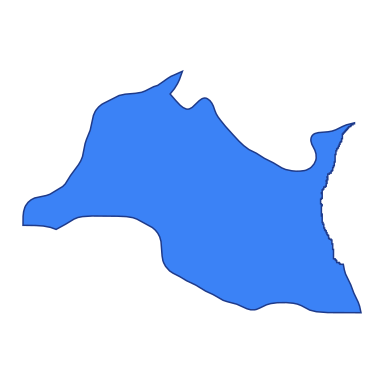 Fundación, Barahona, Dominican Republic
{"feature_id": "3306468B48518895695140", "entity_name": "Fundación", "entity_type": "district", "adm_level": 2, "iso_a3": "DOM", "parent_name": "Dominican Republic", "parent_adm1": "Barahona", "projection": "robinson", "projection_center": [-71.129, 18.263], "detail": "fine", "context": "isolated", "style": "filled", "palette": "blue", "viewbox_px": 384, "rotation_deg": 0, "n_neighbors": 0, "source": "geoboundaries", "source_scale": "gbopen_adm2", "svg_char_len": 3488}
<svg xmlns="http://www.w3.org/2000/svg" viewBox="0 0 384 384"><path d="M56.1,229.4L65.6,224.2L74.0,219.1L77.9,217.5L82.5,216.6L91.9,216.0L117.3,216.2L126.4,216.6L133.0,217.7L136.9,219.1L152.3,227.5L155.3,230.1L157.8,233.2L159.7,236.8L161.0,241.5L162.1,255.9L162.9,260.6L163.7,262.8L165.6,266.4L169.6,270.9L172.9,273.1L179.9,276.7L186.5,280.7L195.6,285.0L205.6,291.1L213.0,294.5L223.1,300.3L227.0,301.6L236.8,304.2L247.0,308.8L250.7,309.8L254.6,309.8L256.5,309.4L259.8,308.0L266.5,304.8L270.6,303.6L277.3,302.7L286.4,302.6L293.1,303.2L297.4,304.1L301.3,305.6L309.8,310.1L316.3,311.7L327.9,312.6L361.0,312.7L359.6,306.2L358.2,302.2L353.8,293.0L350.8,284.9L345.5,273.9L344.3,269.7L343.3,264.3L340.0,264.3L340.0,263.4L339.2,263.4L339.2,262.5L336.7,262.5L336.7,260.6L335.9,260.6L335.9,259.7L335.1,259.7L335.1,258.8L333.5,258.8L333.5,249.4L332.7,249.4L332.7,243.9L331.9,243.9L331.9,240.1L331.1,240.1L331.1,239.2L329.4,239.2L329.4,238.3L328.6,238.3L328.6,235.5L327.8,235.5L327.8,234.6L327.0,234.6L327.0,232.7L326.2,232.7L326.2,230.8L325.4,230.8L325.4,229.9L324.6,229.9L324.6,228.0L323.8,228.0L323.8,224.3L323.0,224.3L323.0,222.5L322.2,222.5L322.2,216.0L321.4,216.0L321.4,215.0L322.2,215.0L322.2,214.1L321.4,214.1L321.4,205.7L322.2,205.7L322.2,204.8L321.4,204.8L321.4,203.8L320.6,203.8L320.6,199.2L321.4,199.2L321.4,198.3L322.2,198.3L322.2,193.6L321.4,193.6L321.4,192.7L322.2,192.7L322.2,189.9L323.0,189.9L323.0,189.0L323.8,189.0L323.8,187.1L325.4,187.1L325.4,186.2L326.2,186.2L326.2,183.4L327.0,183.4L327.0,181.5L326.2,181.5L326.2,180.6L327.0,180.6L327.0,179.7L327.8,179.7L327.8,177.8L327.0,177.8L327.0,176.9L327.8,176.9L327.8,174.1L329.4,174.1L329.4,173.1L331.1,173.1L331.1,171.3L331.9,171.3L331.9,170.4L332.7,170.4L332.7,167.6L333.5,167.6L333.5,165.7L334.3,165.7L334.3,162.0L335.1,162.0L335.1,154.5L335.9,154.5L335.9,150.8L336.7,150.8L336.7,148.9L337.5,148.9L337.5,148.0L338.4,148.0L338.4,146.2L339.2,146.2L339.2,144.3L340.0,144.3L340.0,142.4L340.8,142.4L340.8,141.5L341.6,141.5L341.6,138.7L342.4,138.7L342.4,134.1L343.2,134.1L343.2,133.1L344.0,133.1L344.0,132.2L344.8,132.2L344.8,131.3L345.6,131.3L345.6,130.3L346.5,130.3L346.5,129.4L347.3,129.4L347.3,128.5L348.1,128.5L348.1,127.5L348.9,127.5L348.9,126.6L350.5,126.6L350.5,125.7L351.3,125.7L351.3,124.8L352.9,124.8L352.9,123.8L354.5,123.8L354.5,122.8L346.3,124.9L342.7,126.4L335.8,129.8L332.0,131.1L328.0,131.8L318.4,132.6L315.0,133.5L313.5,134.3L312.2,135.6L311.3,137.3L310.9,139.1L310.9,140.9L311.8,144.2L314.9,150.3L316.0,153.9L316.2,158.1L315.8,160.2L314.1,163.9L311.5,167.0L310.0,168.2L306.3,170.1L304.3,170.6L300.2,171.1L296.0,171.2L291.8,170.8L285.6,169.5L281.8,167.9L273.5,162.9L264.5,158.4L256.3,153.2L249.0,149.6L243.8,145.7L238.9,141.1L232.7,134.4L225.4,126.3L220.4,120.1L218.1,117.0L216.2,113.8L214.9,110.6L213.3,106.0L211.8,103.1L209.9,100.6L207.5,98.8L206.2,98.2L204.7,98.0L203.1,98.3L201.7,98.9L199.2,100.7L192.2,107.4L189.4,108.9L187.8,109.2L186.2,109.0L183.0,107.5L180.1,105.2L175.9,100.7L170.1,94.0L174.4,88.7L177.5,83.7L179.4,79.7L182.4,71.3L170.9,76.4L167.7,78.4L157.7,85.4L153.6,86.7L145.3,90.9L141.6,92.3L135.5,93.3L125.1,94.2L119.1,95.5L103.5,103.4L101.7,104.4L98.7,106.9L96.1,110.0L95.1,111.6L93.4,115.5L90.2,130.2L86.4,139.6L85.1,143.6L82.5,156.6L80.8,160.8L78.5,164.7L70.6,175.4L65.3,183.9L62.7,186.5L50.0,194.2L46.3,195.5L34.6,198.0L31.1,199.8L28.1,202.3L25.7,205.6L24.8,207.5L23.6,211.7L23.1,216.2L23.0,225.3L35.8,225.5L43.3,226.0L50.6,227.4L56.1,229.4Z" fill="#3b82f6" stroke="#1e3a8a" stroke-width="1.5"/></svg>